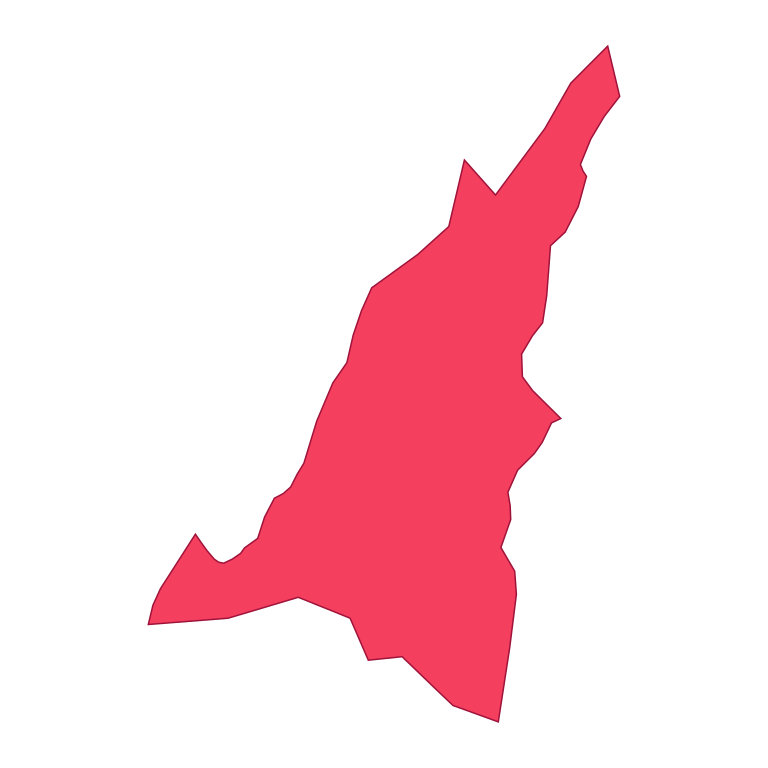 SVG path tracing the border of Kabarole
{"feature_id": "UGA-3106", "entity_name": "Kabarole", "entity_type": "District", "adm_level": 1, "iso_a3": "UGA", "parent_name": "Uganda", "parent_adm1": "", "projection": "equal_earth", "projection_center": [30.23, 0.607], "detail": "fine", "context": "isolated", "style": "filled", "palette": "rose", "viewbox_px": 768, "rotation_deg": 0, "n_neighbors": 0, "source": "natural_earth", "source_scale": "10m", "svg_char_len": 957}
<svg xmlns="http://www.w3.org/2000/svg" viewBox="0 0 768 768"><path d="M148.3,624.5L152.9,605.3L160.5,588.6L195.4,534.2L201.0,542.3L206.9,550.5L214.2,559.1L218.6,562.2L223.7,563.2L232.1,559.2L240.6,553.4L244.5,547.9L257.7,538.4L264.6,517.0L274.4,498.2L283.2,493.6L290.7,487.0L297.1,474.3L303.9,463.2L316.7,421.2L332.9,382.8L346.9,362.6L353.2,335.1L361.4,310.9L371.7,287.8L417.7,254.5L448.8,226.5L464.4,160.0L495.5,195.0L544.9,128.5L570.8,83.1L607.7,46.1L619.7,96.4L604.2,116.5L590.8,139.0L580.4,164.5L583.0,171.0L586.5,176.4L578.3,206.4L565.2,232.1L550.5,245.7L546.7,295.8L542.6,322.8L532.4,335.9L521.6,354.1L522.4,376.7L532.6,390.6L560.8,418.5L551.5,422.9L542.2,442.4L534.2,453.7L517.6,470.2L507.9,492.2L510.2,505.9L510.7,519.6L500.9,547.5L514.7,571.2L516.4,594.3L509.7,647.7L498.3,721.9L453.0,705.5L436.7,690.0L420.3,674.2L402.1,656.7L368.3,660.2L350.1,618.2L298.2,597.3L228.1,618.2L148.3,624.5Z" fill="#f43f5e" stroke="#9f1239" stroke-width="1.5"/></svg>